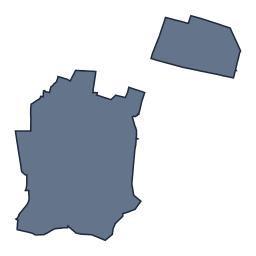 Tultitlán, México, Mexico
{"feature_id": "50627088B9112737651224", "entity_name": "Tultitlán", "entity_type": "district", "adm_level": 2, "iso_a3": "MEX", "parent_name": "Mexico", "parent_adm1": "México", "projection": "mercator", "projection_center": [-99.134, 19.631], "detail": "fine", "context": "isolated", "style": "filled", "palette": "slate", "viewbox_px": 256, "rotation_deg": 0, "n_neighbors": 0, "source": "geoboundaries", "source_scale": "gbopen_adm2", "svg_char_len": 5363}
<svg xmlns="http://www.w3.org/2000/svg" viewBox="0 0 256 256"><path d="M140.9,201.2L136.7,197.7L133.8,195.4L132.8,189.6L131.8,183.9L132.7,173.8L133.6,163.3L134.1,158.0L134.9,149.3L135.6,145.9L135.8,144.7L136.0,141.9L136.1,139.4L136.1,139.2L137.7,138.8L137.0,138.4L136.8,138.4L136.1,138.2L136.4,136.7L136.5,135.4L136.5,134.0L136.5,131.5L136.4,130.2L136.1,129.1L135.8,128.3L135.5,127.3L135.0,126.3L134.5,124.7L134.5,124.4L133.9,122.6L133.7,121.7L133.4,120.8L133.0,119.3L132.8,119.0L132.7,118.5L132.7,118.4L132.3,117.0L132.6,116.9L132.8,116.8L133.2,116.2L133.4,116.2L133.9,116.5L134.2,116.5L134.6,116.4L134.8,116.5L135.1,116.6L135.4,116.5L135.6,116.4L135.8,116.3L136.0,115.9L136.2,115.7L136.4,115.7L137.3,115.5L137.4,115.2L137.4,114.8L137.6,114.5L137.7,114.1L138.8,114.4L139.0,113.2L139.1,112.6L139.3,111.7L139.5,111.2L139.7,110.5L139.9,109.6L140.0,109.1L140.2,108.5L140.6,106.6L140.7,106.1L141.2,103.9L141.5,102.6L141.6,102.2L141.7,101.7L143.6,95.9L144.4,93.4L144.7,92.6L140.1,91.0L137.0,90.0L135.3,89.5L128.8,87.3L127.6,92.4L127.5,92.7L125.3,97.5L123.1,97.0L122.6,96.9L118.4,95.9L115.7,95.2L114.2,96.6L112.5,98.2L111.4,99.2L111.0,99.6L110.9,99.6L106.4,98.2L102.1,96.8L96.7,95.0L96.8,94.8L97.2,92.8L97.2,92.7L92.9,92.5L93.0,92.3L93.3,88.6L93.9,84.9L94.5,81.0L94.5,80.9L95.0,77.4L95.1,77.1L95.6,73.4L95.8,71.5L94.2,71.4L93.2,71.3L90.1,71.2L84.2,70.8L82.2,70.7L82.2,70.9L81.8,70.9L81.8,70.7L80.7,70.7L80.0,70.6L75.6,70.4L73.5,74.5L70.9,79.5L70.4,80.9L69.3,80.4L67.1,79.3L66.9,79.2L62.4,77.8L58.0,76.5L57.5,78.9L56.7,81.0L56.2,81.9L56.1,82.1L55.7,82.6L55.0,83.1L53.6,84.1L53.5,84.4L53.4,84.8L53.1,85.2L52.7,85.5L52.2,85.9L51.4,86.4L50.9,86.9L50.4,88.6L49.9,90.8L49.8,91.1L49.4,92.5L45.7,91.7L45.4,91.5L44.7,90.6L44.4,90.7L43.9,91.2L43.5,91.0L43.1,96.9L42.1,96.5L41.2,96.4L40.7,96.3L40.5,97.0L40.2,97.9L40.0,98.3L39.9,98.4L39.8,98.5L39.5,98.9L38.3,99.6L38.1,99.7L37.3,100.2L35.8,101.1L34.2,102.2L32.6,103.3L31.4,104.0L31.1,104.2L31.1,104.6L30.8,107.9L30.7,108.9L30.7,109.1L30.7,113.7L30.7,115.1L30.7,115.3L30.9,118.5L30.9,118.9L30.9,119.9L30.8,123.0L30.8,126.8L30.7,131.0L30.0,131.0L15.4,131.0L16.6,139.1L17.0,141.8L17.7,145.9L18.3,150.1L19.2,155.5L20.6,164.4L20.8,165.8L21.0,167.2L21.3,169.2L21.5,170.7L21.6,171.3L21.8,171.7L22.1,172.1L22.5,172.4L22.9,172.7L23.7,173.6L24.4,174.2L25.0,174.7L25.6,174.9L26.3,175.0L26.8,175.0L26.8,176.7L26.7,178.4L26.8,179.2L26.8,179.6L26.8,180.2L26.8,181.4L26.8,183.3L26.8,184.6L26.7,185.6L26.5,186.7L26.4,187.3L26.2,188.4L25.9,189.3L25.5,190.1L24.8,190.8L25.8,190.5L26.7,190.5L27.5,190.5L28.3,190.4L28.7,190.4L28.8,193.2L29.0,196.7L29.1,198.3L29.0,199.3L28.9,199.8L28.7,200.6L28.2,202.3L27.4,204.0L25.4,206.7L25.2,207.0L23.9,208.4L20.2,213.0L18.8,214.8L19.2,215.1L19.1,215.4L18.5,216.3L17.1,218.4L15.9,219.0L16.5,219.7L16.9,219.7L18.0,220.0L17.4,223.7L17.4,225.2L17.1,229.3L17.2,229.7L17.7,229.8L19.5,230.2L22.1,230.8L24.8,231.4L26.7,231.8L29.1,232.4L30.6,232.8L31.1,232.9L32.2,233.3L33.4,233.7L34.2,234.4L34.8,234.6L35.5,234.9L36.0,234.9L42.7,234.7L44.5,234.7L44.2,234.6L44.7,234.2L45.0,234.0L45.3,233.9L45.7,233.7L46.1,233.5L46.5,233.4L46.8,233.2L47.0,233.1L47.3,232.9L47.7,232.7L47.9,232.6L48.0,232.5L48.2,232.4L48.4,232.3L48.7,232.2L48.9,232.1L49.0,232.0L49.1,231.9L49.5,231.7L50.0,231.4L50.3,231.2L50.7,230.9L51.5,230.4L51.8,230.3L52.1,230.1L52.6,229.9L53.1,229.7L53.4,229.5L53.9,229.2L54.4,229.0L54.6,228.8L55.4,228.7L56.1,228.6L57.4,228.5L59.3,228.3L60.5,228.2L60.9,228.1L61.7,228.1L62.4,228.0L62.5,227.9L63.1,227.8L63.9,227.8L64.7,227.7L65.8,227.7L66.7,227.7L67.7,227.7L67.7,227.1L67.9,226.0L68.1,226.2L74.7,231.9L75.9,233.0L81.2,234.2L91.5,234.7L97.7,237.2L105.2,240.3L105.3,240.3L110.8,235.7L112.3,234.5L113.1,228.6L115.3,223.5L120.8,218.2L122.8,216.3L122.8,213.7L128.3,212.0L132.5,210.3L135.0,209.4L140.9,201.2ZM233.4,77.9L233.5,77.8L234.2,75.1L234.7,73.0L235.0,71.7L235.1,71.3L235.3,70.8L236.0,70.6L236.3,70.6L235.6,69.4L235.8,69.0L235.8,68.7L236.2,66.9L236.5,65.7L236.6,65.4L236.7,64.9L236.9,63.9L237.0,63.4L237.4,62.0L237.6,61.0L237.8,60.3L237.9,60.1L238.2,58.8L238.3,58.5L239.1,55.2L239.3,54.3L239.5,53.5L239.7,52.8L240.6,51.1L238.3,45.9L236.5,41.9L235.8,40.4L234.7,38.0L232.1,32.4L230.2,28.1L229.4,27.7L228.2,27.4L227.6,27.2L227.1,27.0L226.8,26.9L224.9,26.3L221.6,25.2L217.2,23.7L214.0,22.7L209.6,21.3L207.8,20.6L207.0,20.4L206.1,20.2L205.5,20.0L203.8,19.4L203.4,19.3L203.2,19.2L201.3,18.6L200.8,18.4L200.3,18.3L199.9,18.2L198.1,17.7L196.3,17.2L190.9,15.7L190.6,16.4L189.6,19.4L188.2,23.4L183.7,22.2L183.1,22.0L180.6,21.3L178.6,20.8L176.9,20.4L176.4,20.3L176.0,20.2L173.0,19.4L172.2,19.1L170.0,18.6L168.6,18.2L165.5,17.4L164.4,21.0L164.1,21.8L163.9,22.6L163.5,23.7L163.4,24.0L161.5,29.5L159.7,35.1L159.6,35.6L158.0,39.5L155.3,46.3L153.6,50.7L152.6,53.0L151.0,58.5L153.3,59.1L154.4,59.4L154.5,59.6L156.2,60.1L164.0,62.2L165.3,62.6L172.1,64.4L173.0,64.6L174.2,65.0L178.4,66.1L179.1,66.3L179.8,66.5L182.8,67.3L186.0,68.0L187.4,68.3L188.3,68.4L190.2,68.8L190.5,68.9L192.1,69.2L192.7,69.3L194.9,69.8L195.9,70.0L197.8,70.4L198.5,70.5L199.0,70.7L201.4,71.2L206.1,72.1L208.8,72.7L209.5,72.8L211.5,73.2L212.0,73.3L213.2,73.6L213.6,73.7L215.9,74.1L218.2,74.6L220.5,75.1L221.6,75.3L222.1,75.5L222.4,75.6L222.8,75.7L222.8,75.8L223.7,75.9L223.9,75.9L224.7,76.1L226.9,76.5L227.1,76.6L227.9,76.7L228.0,76.8L228.9,77.0L229.0,77.0L229.5,77.1L230.2,77.2L231.4,77.5L233.4,77.9Z" fill="#64748b" stroke="#1e293b" stroke-width="1.5"/></svg>